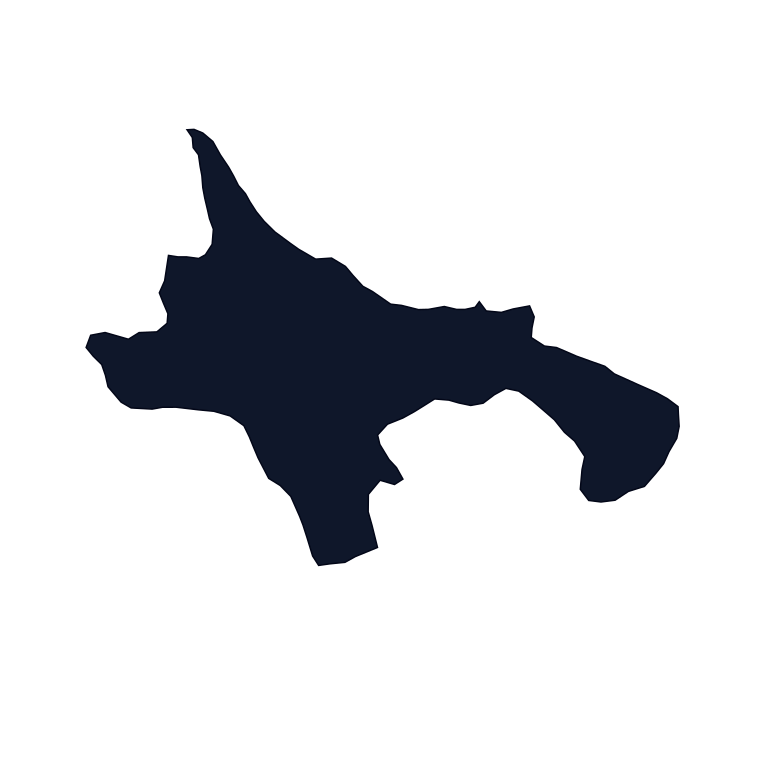 Limnia, Cyprus, rotated 286°
{"feature_id": "46923920B85062050143920", "entity_name": "Limnia", "entity_type": "district", "adm_level": 2, "iso_a3": "CYP", "parent_name": "Cyprus", "parent_adm1": "", "projection": "orthographic", "projection_center": [33.856, 35.188], "detail": "fine", "context": "isolated", "style": "filled", "palette": "ink", "viewbox_px": 768, "rotation_deg": 286, "n_neighbors": 0, "source": "geoboundaries", "source_scale": "gbopen_adm2", "svg_char_len": 1908}
<svg xmlns="http://www.w3.org/2000/svg" viewBox="0 0 768 768"><g transform="rotate(286 384 384)"><path d="M448.2,141.4L422.7,144.7L409.7,142.9L401.3,149.4L392.0,156.9L382.6,158.8L371.5,151.3L365.9,134.4L356.6,126.0L356.6,115.7L356.6,101.7L350.0,88.6L337.0,87.6L330.5,97.0L324.9,107.3L315.6,113.8L305.3,119.5L294.1,136.3L291.3,147.5L296.0,168.1L300.6,177.5L304.4,190.6L308.1,213.1L310.9,228.0L310.9,244.9L305.3,260.8L296.0,269.2L287.6,275.8L278.3,283.3L261.5,299.2L257.8,312.3L250.3,325.4L233.5,339.4L226.1,345.0L214.9,352.5L199.0,362.8L191.6,371.2L196.2,381.5L201.8,395.6L210.2,404.0L225.1,422.8L244.7,411.5L256.8,404.0L273.6,399.4L290.4,406.8L290.3,421.8L297.8,428.4L307.1,419.0L312.7,409.7L324.8,396.6L333.2,391.9L346.3,398.4L356.5,411.5L365.9,420.9L374.2,428.4L383.6,436.8L386.4,450.9L386.4,461.2L387.3,473.3L392.9,484.6L404.1,493.0L413.4,502.4L414.3,515.5L408.7,531.4L403.1,543.6L396.6,557.6L387.3,570.8L381.7,582.9L369.6,597.0L356.5,597.9L336.9,601.7L328.5,612.9L330.4,625.1L336.0,638.2L348.1,648.5L357.4,662.6L373.3,670.0L384.5,674.7L397.6,676.6L412.5,680.4L424.6,679.4L435.9,675.4L443.3,672.9L447.9,660.7L450.7,648.5L453.5,627.9L457.2,602.6L461.9,591.4L462.8,576.4L463.8,561.4L466.6,539.8L464.7,527.7L469.3,512.7L478.7,510.8L489.9,509.9L499.2,502.4L491.7,487.4L485.2,477.1L482.4,462.1L489.4,452.9L482.9,450.5L478.1,441.5L475.7,433.2L475.1,420.6L468.0,406.2L465.0,396.6L464.4,379.2L462.6,368.4L469.7,347.5L472.1,336.7L479.9,324.1L486.4,314.5L490.6,298.9L485.2,283.9L490.0,264.8L493.6,254.6L500.1,237.2L507.3,224.0L514.4,213.8L522.2,204.9L528.8,198.3L534.7,189.3L542.5,182.1L549.6,174.9L559.2,163.5L569.9,152.7L575.3,140.7L576.4,131.2L574.1,124.6L568.1,131.8L558.6,135.4L553.2,142.5L542.5,147.3L534.1,151.5L522.8,155.7L513.2,160.5L502.5,166.5L494.8,170.7L485.8,177.3L470.9,180.3L459.0,176.7L453.6,171.3L451.8,159.3L449.4,150.9L448.2,141.4Z" fill="#0f172a" stroke="#020617" stroke-width="1.5"/></g></svg>